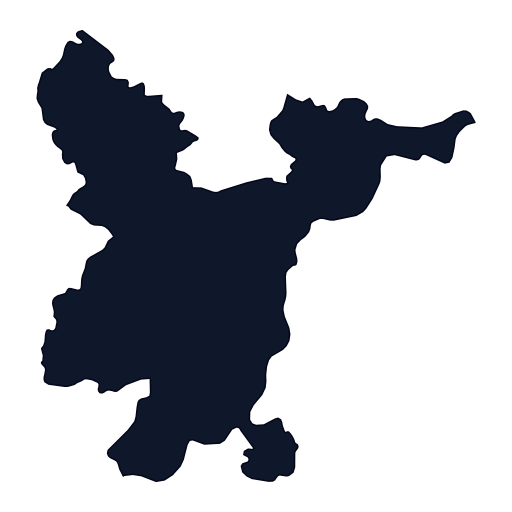 the County of Vilniaus
{"feature_id": "LTU-1075", "entity_name": "Vilniaus", "entity_type": "County", "adm_level": 1, "iso_a3": "LTU", "parent_name": "Lithuania", "parent_adm1": "", "projection": "mercator", "projection_center": [25.254, 54.825], "detail": "fine", "context": "isolated", "style": "filled", "palette": "ink", "viewbox_px": 512, "rotation_deg": 0, "n_neighbors": 0, "source": "natural_earth", "source_scale": "10m", "svg_char_len": 5912}
<svg xmlns="http://www.w3.org/2000/svg" viewBox="0 0 512 512"><path d="M474.8,122.4L467.5,124.3L464.7,126.0L459.3,131.3L456.4,135.4L455.0,138.9L453.8,147.9L451.8,157.4L448.9,162.1L444.8,162.9L425.2,154.0L422.5,154.3L420.9,155.9L419.8,157.8L418.7,159.1L416.9,159.7L415.3,159.7L394.7,154.4L386.3,155.8L380.4,165.1L379.9,168.8L380.1,176.9L379.8,180.8L378.9,183.6L372.0,198.5L365.7,208.3L362.9,211.4L356.2,215.3L333.6,220.0L330.1,219.9L323.3,218.3L319.9,218.2L312.9,221.2L310.7,223.1L310.1,225.5L309.7,228.5L308.5,231.8L304.7,236.4L300.3,239.7L296.6,243.6L294.7,249.7L295.0,252.6L296.6,259.0L296.7,261.7L295.9,264.4L294.9,265.0L293.6,265.0L291.8,266.0L287.8,269.6L285.8,272.5L285.2,276.8L285.8,293.3L285.5,296.6L284.8,300.0L283.8,303.0L283.0,306.2L282.8,310.2L284.1,316.6L288.7,328.0L289.7,334.2L288.8,340.6L286.2,345.6L282.6,349.3L271.2,356.0L268.4,359.9L266.4,366.4L265.5,374.8L265.7,381.4L265.0,387.6L261.7,394.6L253.1,404.9L249.6,411.8L249.4,419.8L251.9,423.9L256.0,425.5L264.0,425.0L275.2,419.1L278.0,418.3L280.5,419.8L281.6,422.4L282.1,425.6L284.1,431.2L284.8,432.4L285.6,432.6L287.7,431.9L288.6,432.1L290.4,434.1L292.0,436.4L293.5,439.3L294.7,442.8L295.5,443.8L296.5,444.2L297.4,444.9L297.9,446.8L297.4,448.2L295.2,451.2L294.6,452.7L294.5,467.2L293.0,472.2L288.7,475.4L286.5,475.8L279.5,474.8L277.5,475.7L274.5,479.9L272.6,481.0L268.5,481.1L252.0,478.4L247.0,475.9L242.8,471.9L241.4,466.2L242.8,463.9L248.1,462.1L249.4,459.7L248.4,457.0L243.9,454.6L244.4,451.4L248.2,449.2L252.5,449.6L254.1,448.4L241.0,430.4L240.1,428.6L238.8,427.4L236.5,426.9L231.8,429.1L224.3,440.2L219.8,443.1L204.5,444.0L192.7,439.7L189.4,440.3L187.0,444.5L183.2,459.4L180.1,466.1L172.5,474.6L164.4,479.9L156.1,481.3L141.4,475.6L132.8,474.3L124.2,475.3L123.3,475.9L119.9,469.2L118.6,464.6L117.8,462.5L116.6,460.8L114.8,459.7L110.3,457.5L108.5,455.8L107.6,453.3L108.2,450.3L128.3,430.3L134.9,421.6L136.2,416.8L137.3,407.1L138.1,402.6L138.7,401.2L139.6,400.2L141.4,399.1L146.4,398.0L149.9,396.3L150.6,392.7L150.3,378.2L140.9,378.9L125.7,384.6L117.0,391.0L115.0,391.3L112.5,390.5L108.9,389.8L106.6,390.2L103.6,392.2L102.1,392.8L100.0,392.6L98.7,391.0L98.4,389.0L99.0,386.9L99.3,385.0L98.8,383.2L97.6,382.1L92.1,379.6L87.0,378.6L84.4,378.7L81.2,380.7L76.7,382.6L74.4,384.3L68.2,386.1L65.1,386.3L48.7,384.1L44.9,381.7L44.2,379.5L44.3,377.0L45.0,374.2L45.8,369.5L45.0,367.1L41.8,363.6L41.6,362.8L42.1,361.8L43.1,360.8L43.2,357.8L43.6,355.9L41.7,348.5L43.7,346.0L45.1,342.0L45.6,335.2L46.2,332.2L47.1,330.2L48.9,329.9L50.3,330.7L52.0,331.1L53.7,330.8L55.2,329.5L56.1,327.6L56.6,324.6L57.1,322.7L57.0,320.9L56.8,319.6L54.1,316.4L54.5,312.7L54.4,311.0L53.9,308.6L53.2,306.0L52.7,303.5L53.1,300.3L54.7,297.9L57.8,295.9L65.5,293.6L67.8,289.7L68.9,288.6L71.0,288.7L77.8,290.4L79.9,289.9L81.2,288.4L81.6,284.6L81.7,281.4L82.0,278.4L82.7,275.4L85.3,268.8L86.5,262.7L87.1,260.7L88.3,259.1L90.4,257.3L102.7,250.4L105.2,247.9L108.4,241.2L113.8,236.9L112.8,234.8L108.7,229.4L105.4,226.7L102.0,225.3L94.1,224.8L90.6,223.4L80.7,213.9L71.1,209.1L68.7,206.0L67.1,205.3L70.6,200.1L71.8,197.4L72.9,195.4L73.5,194.5L74.5,193.6L76.8,192.1L77.8,191.3L78.7,190.0L79.8,189.1L83.1,187.2L84.7,186.0L85.8,184.8L86.3,183.1L86.3,181.6L85.6,178.1L83.7,174.7L78.0,172.0L75.6,163.4L74.6,162.0L72.9,161.6L69.2,163.5L67.0,163.7L64.8,162.3L62.8,158.5L62.6,154.5L62.9,152.0L62.4,150.1L60.8,148.6L57.8,146.4L56.2,144.9L54.3,142.5L53.0,139.5L52.4,134.9L53.0,132.4L54.3,131.0L56.2,130.6L57.3,129.8L57.1,128.7L54.7,127.0L47.4,124.3L45.1,122.4L43.6,119.5L42.1,108.0L38.5,102.1L37.2,98.3L37.6,94.2L38.1,91.2L37.9,87.9L38.6,84.9L39.4,82.9L42.3,73.2L47.5,69.1L48.9,68.8L50.4,68.8L51.8,69.7L53.5,68.8L60.2,61.6L62.4,58.1L63.6,54.9L64.8,49.2L65.9,46.0L68.1,42.4L70.0,41.5L72.1,41.8L76.4,44.1L78.7,44.6L81.7,44.0L82.8,42.6L82.6,41.0L81.2,39.5L77.8,37.0L76.8,35.4L76.7,33.7L77.7,32.4L78.6,31.8L82.3,30.7L108.0,50.3L112.5,55.5L113.8,58.4L113.7,60.3L112.7,61.4L110.0,63.1L109.0,64.4L108.3,66.3L108.1,68.5L108.2,70.4L108.9,72.5L111.0,76.7L113.2,78.4L116.2,79.5L125.2,79.8L127.2,80.4L128.1,82.3L128.0,84.4L127.7,86.5L128.4,87.6L130.0,88.1L133.7,87.1L141.1,83.4L142.4,83.2L143.3,83.9L144.1,86.1L144.3,88.9L144.1,93.7L144.1,95.3L145.9,96.2L147.7,96.6L161.8,95.5L161.4,102.0L162.2,103.4L163.9,105.2L169.0,109.2L171.3,112.7L173.2,113.6L174.9,113.3L177.2,112.4L179.7,112.0L182.7,112.6L183.8,114.1L183.9,115.9L183.2,118.0L182.3,120.0L179.5,123.6L178.6,125.6L179.3,129.5L180.5,130.9L182.4,131.0L184.2,130.6L186.4,130.7L195.4,136.0L198.0,138.0L197.6,139.4L196.2,140.3L193.9,140.9L192.2,141.9L190.2,144.5L187.0,146.6L184.2,148.9L182.5,150.0L176.2,152.5L176.6,159.0L175.5,164.1L174.5,167.8L174.9,169.5L176.2,170.6L183.8,172.5L186.5,174.0L189.7,176.5L190.7,178.9L191.2,180.5L192.4,187.9L201.2,188.1L213.0,192.3L216.0,192.7L218.8,192.2L221.2,190.9L246.5,183.0L265.8,178.4L271.6,178.5L272.3,179.7L272.8,181.0L274.4,182.0L284.5,183.9L287.0,183.8L288.0,182.9L287.1,181.2L286.7,178.8L287.0,176.2L290.7,172.9L292.2,171.3L292.8,169.9L292.1,169.1L291.0,168.0L290.6,166.6L291.3,164.7L295.7,161.0L296.4,159.0L295.3,157.6L293.4,156.9L291.7,155.8L290.2,154.5L286.8,152.7L284.9,151.0L281.8,147.2L280.8,145.3L279.6,143.5L274.0,138.3L271.1,134.7L270.4,132.5L269.7,129.7L270.3,124.8L270.9,122.5L271.9,120.7L277.2,117.3L282.8,110.7L283.9,108.0L287.6,94.9L295.7,100.0L302.6,102.3L309.7,98.4L311.9,101.2L313.8,104.9L315.4,106.4L317.5,107.0L323.0,105.6L324.3,105.8L325.5,107.5L326.4,110.1L327.3,111.3L329.3,111.8L332.6,111.1L335.0,109.7L336.8,108.2L337.9,106.8L339.7,102.9L340.5,101.8L341.8,100.5L342.9,99.7L344.7,99.1L356.3,98.7L358.9,99.4L363.9,101.8L366.2,104.0L367.5,106.3L367.3,108.6L366.1,111.0L364.8,114.1L364.5,117.3L365.8,120.5L368.2,121.8L371.5,121.2L373.3,119.8L375.1,119.0L377.3,119.0L380.8,120.5L387.4,124.7L396.8,126.9L421.9,128.1L442.7,122.1L451.9,116.3L453.2,114.9L454.9,113.8L463.4,111.1L466.1,111.2L468.6,112.5L470.3,113.8L474.2,121.0L474.8,122.4Z" fill="#0f172a" stroke="#020617" stroke-width="1.5"/></svg>